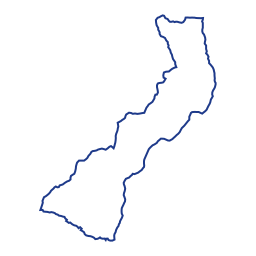 Guaraçaí, São Paulo, Brazil (Mercator projection)
{"feature_id": "56859067B61494615775920", "entity_name": "Guaraçaí", "entity_type": "district", "adm_level": 2, "iso_a3": "BRA", "parent_name": "Brazil", "parent_adm1": "São Paulo", "projection": "mercator", "projection_center": [-51.278, -21.071], "detail": "fine", "context": "isolated", "style": "outline", "palette": "blue", "viewbox_px": 256, "rotation_deg": 0, "n_neighbors": 0, "source": "geoboundaries", "source_scale": "gbopen_adm2", "svg_char_len": 4179}
<svg xmlns="http://www.w3.org/2000/svg" viewBox="0 0 256 256"><path d="M155.9,20.0L156.1,22.5L156.6,25.2L157.4,26.6L158.2,27.9L158.2,29.7L159.0,31.0L159.6,32.3L159.6,33.9L160.9,36.2L163.1,36.9L165.0,38.0L166.3,40.5L167.8,42.1L167.8,43.9L168.6,45.3L168.2,47.2L169.1,48.4L170.2,50.2L170.8,52.7L171.9,54.7L172.3,56.6L173.0,59.0L173.9,60.3L175.2,62.2L175.2,64.1L176.3,67.2L174.8,67.5L172.4,68.7L171.0,69.7L168.9,71.5L166.0,71.7L163.9,72.5L163.3,75.3L163.6,77.6L165.6,78.7L164.4,80.8L163.3,82.3L161.9,82.7L159.2,83.0L157.8,83.5L157.0,85.2L157.0,87.1L157.5,89.5L157.8,91.1L157.9,92.6L156.8,94.7L155.4,94.7L154.6,96.6L154.4,98.5L153.4,100.2L152.4,101.9L150.5,103.3L148.7,104.5L147.7,106.1L146.5,107.6L145.6,109.7L144.9,111.3L144.3,112.8L142.2,113.1L139.6,113.6L137.4,113.9L135.0,113.5L132.8,113.8L131.1,113.0L129.0,112.7L127.3,113.8L126.2,114.5L125.4,116.3L125.1,117.8L123.8,119.0L122.4,119.8L120.8,121.1L118.9,122.1L117.7,122.7L118.0,124.5L118.3,126.5L117.8,128.4L117.5,130.4L116.9,132.1L116.2,133.8L115.7,136.0L115.8,138.1L115.6,140.5L115.3,142.6L114.8,144.4L114.3,146.4L113.6,148.3L112.3,147.1L111.0,146.1L109.4,146.8L107.6,148.4L105.7,149.7L103.9,149.1L101.9,148.6L99.7,149.1L98.0,149.6L96.6,150.4L94.9,150.8L92.7,151.1L91.4,151.9L90.3,153.9L88.5,155.8L87.3,158.0L86.0,159.2L84.1,160.6L82.4,160.6L80.8,160.6L79.0,160.6L77.1,162.6L76.6,164.1L76.0,166.3L75.8,168.6L75.2,171.4L74.3,173.8L72.9,174.6L71.0,175.9L70.5,177.7L70.5,179.5L69.0,180.8L67.2,181.4L64.9,182.8L62.7,184.5L59.7,185.4L58.8,187.1L57.3,187.3L55.8,186.5L54.4,187.4L53.5,188.6L52.4,189.5L51.0,190.8L50.2,192.2L49.0,193.6L47.5,194.9L45.7,196.3L44.0,197.2L43.3,198.9L42.5,200.9L42.8,202.7L42.1,205.0L40.4,210.0L42.6,209.9L43.5,211.5L45.0,211.7L47.4,211.9L49.8,212.5L51.2,212.1L53.2,212.5L54.8,213.1L55.9,214.1L57.7,214.6L58.9,215.6L61.2,216.0L62.9,216.6L64.5,216.9L65.3,218.5L66.9,219.8L66.1,221.0L67.5,221.9L68.8,222.9L70.2,222.5L72.3,224.3L74.2,225.3L76.3,225.8L77.6,226.9L78.6,228.2L80.1,227.2L81.7,228.7L80.7,230.1L82.6,231.2L84.1,232.3L84.7,234.1L86.2,235.4L88.5,236.0L90.5,236.2L92.5,236.9L94.1,237.8L95.3,239.1L97.5,238.8L98.7,238.3L100.0,237.4L101.0,238.3L102.6,238.7L104.6,238.6L105.7,240.0L106.2,238.7L107.7,238.6L108.5,240.0L110.2,240.6L112.4,240.6L114.5,239.6L114.3,237.3L114.2,235.6L114.5,234.1L115.6,232.1L116.1,230.0L117.3,227.5L118.5,226.0L118.9,224.2L119.8,222.9L120.0,221.4L120.7,220.0L121.9,217.8L122.7,215.6L121.8,213.7L121.6,212.0L121.6,209.9L121.8,208.1L122.5,206.6L123.5,204.6L124.1,203.1L125.0,201.4L125.2,199.2L124.4,196.9L123.7,195.1L124.0,193.1L124.7,191.1L125.2,188.7L124.6,186.1L123.9,184.4L123.7,182.8L124.6,180.9L125.9,178.8L127.6,178.1L129.2,177.5L130.4,176.2L131.9,175.0L132.7,173.8L134.5,174.1L136.3,173.4L138.2,172.6L139.7,171.4L141.7,170.0L143.0,168.1L144.0,167.0L144.2,165.5L144.0,163.6L144.0,161.0L144.3,159.5L148.8,149.2L149.9,147.9L150.9,146.9L152.6,145.3L154.5,144.4L156.8,142.9L157.8,141.3L159.7,139.7L160.8,138.7L162.4,138.7L164.1,138.8L166.2,139.7L168.0,140.5L169.7,140.6L171.1,139.8L172.4,139.1L173.4,138.1L175.0,136.7L176.8,134.9L178.2,133.8L179.7,132.1L180.5,130.5L181.8,128.1L184.3,125.7L187.8,121.3L189.3,119.7L189.3,116.7L190.4,114.4L190.9,113.0L192.1,112.1L194.5,111.9L196.6,112.0L198.7,112.0L201.0,113.1L202.2,113.6L203.5,112.5L204.7,111.6L205.7,110.7L206.7,109.6L207.5,107.8L208.6,105.6L209.4,104.3L210.2,102.5L210.9,99.5L212.0,97.7L212.8,96.2L212.2,94.6L212.3,92.4L213.1,90.4L214.0,89.0L214.8,87.5L215.2,86.1L215.6,84.4L215.6,82.9L214.9,81.7L214.6,80.2L214.8,78.4L214.6,76.6L214.5,75.1L214.5,73.2L214.1,71.5L213.7,69.6L212.8,67.5L211.4,65.7L210.4,64.5L209.1,63.2L209.1,60.9L208.0,58.7L208.5,56.7L207.3,54.5L206.1,53.4L206.8,51.3L206.1,49.0L206.1,47.5L206.1,45.5L204.7,43.6L204.9,41.9L205.4,39.8L205.1,37.5L204.0,34.5L202.8,33.1L202.3,31.5L202.3,29.7L202.8,27.7L202.8,25.6L202.8,22.9L202.1,21.4L202.8,19.7L203.0,18.0L201.0,18.2L198.4,18.1L196.2,18.0L194.6,17.7L191.9,17.6L190.0,17.7L187.4,17.5L185.6,17.6L185.1,19.6L183.3,22.1L181.6,22.8L179.5,22.4L177.5,21.8L176.0,21.7L174.6,22.1L173.1,21.4L171.4,21.8L170.0,21.8L168.9,20.9L167.6,19.0L165.4,18.2L164.1,15.8L162.7,15.4L160.8,16.3L159.5,17.1L157.6,17.8L155.9,20.0Z" fill="none" stroke="#1e3a8a" stroke-width="2"/></svg>